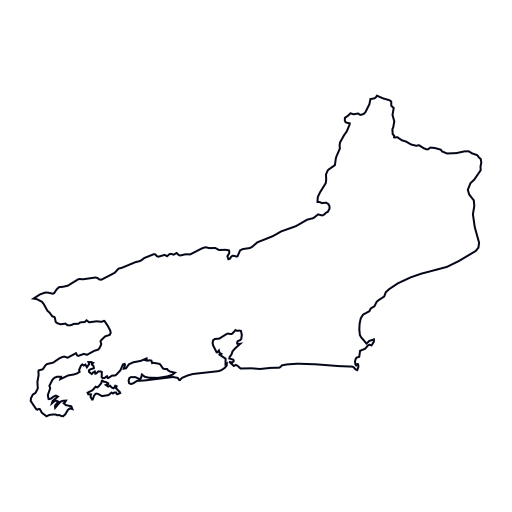 outline of Rio de Janeiro
{"feature_id": "BRA-627", "entity_name": "Rio de Janeiro", "entity_type": "State", "adm_level": 1, "iso_a3": "BRA", "parent_name": "Brazil", "parent_adm1": "", "projection": "albers", "projection_center": [-43.333, -22.065], "detail": "fine", "context": "isolated", "style": "outline", "palette": "ink", "viewbox_px": 512, "rotation_deg": 0, "n_neighbors": 0, "source": "natural_earth", "source_scale": "10m", "svg_char_len": 5971}
<svg xmlns="http://www.w3.org/2000/svg" viewBox="0 0 512 512"><path d="M480.7,158.9L481.3,162.6L480.5,166.6L480.7,170.2L474.2,179.7L470.5,183.1L467.8,189.8L469.2,194.5L473.8,200.4L474.3,205.9L472.9,214.3L474.8,227.3L479.1,242.8L478.4,247.7L475.7,251.0L458.7,261.1L446.9,266.9L421.2,273.7L410.8,277.3L397.9,283.3L389.2,289.1L385.8,292.2L384.2,296.5L378.4,300.3L376.6,301.9L374.4,306.3L370.7,308.5L369.4,311.2L363.1,314.6L360.8,318.2L359.6,323.7L359.3,329.8L359.9,335.0L361.0,337.1L366.5,343.6L369.2,341.0L373.9,339.4L373.9,341.6L371.5,345.4L369.3,344.7L367.9,345.5L365.2,348.7L360.1,350.8L359.2,356.8L356.6,357.6L355.7,358.9L355.0,361.4L355.3,364.1L356.2,365.4L357.2,364.1L358.0,364.1L358.4,365.9L358.3,367.3L357.2,370.1L355.6,369.4L353.5,367.1L352.1,366.6L338.8,366.1L315.7,364.3L297.8,363.7L287.2,364.4L282.1,365.3L280.0,367.3L279.0,367.7L270.6,367.9L259.9,369.0L251.9,368.3L240.5,368.5L237.7,365.9L235.7,364.9L233.8,366.0L229.2,361.7L232.3,362.6L233.6,361.4L233.7,360.3L232.8,359.5L229.3,358.5L229.6,357.1L231.5,354.4L232.5,351.4L234.9,348.6L240.2,343.8L238.1,344.1L237.2,343.6L237.1,342.6L237.7,341.2L240.2,340.1L241.3,338.8L241.8,334.9L241.0,331.0L239.5,330.6L236.7,330.8L235.5,330.1L232.3,333.6L231.0,334.1L228.0,333.6L226.8,333.9L219.3,338.6L214.8,339.0L213.2,340.2L212.6,342.8L213.1,345.4L216.6,352.3L217.3,352.3L218.9,350.5L219.4,352.7L221.3,353.9L219.7,354.8L225.6,358.7L225.5,364.2L226.8,363.4L226.7,365.6L224.6,368.0L221.6,370.0L218.9,371.1L192.8,374.0L187.3,375.6L182.0,377.9L179.9,380.1L179.2,380.0L177.7,377.9L173.0,377.0L144.2,380.5L137.0,380.9L133.1,383.4L130.9,384.0L129.1,383.2L128.6,380.6L129.4,378.0L131.0,377.1L135.3,377.1L139.1,378.9L140.4,378.7L141.0,378.1L141.9,374.5L144.6,376.7L148.8,377.7L158.1,377.9L167.4,376.4L172.4,374.7L174.9,372.7L170.1,371.6L168.0,370.3L167.1,369.0L165.3,369.1L163.1,368.6L160.0,364.2L158.3,363.6L153.2,362.8L152.1,363.1L151.4,360.6L149.6,360.3L147.4,360.7L145.0,360.1L146.7,359.2L146.6,358.4L140.7,360.9L133.3,362.3L128.9,364.3L126.0,368.3L123.8,368.7L125.0,364.9L124.6,363.9L123.0,364.4L120.4,370.3L116.3,374.7L114.9,375.5L112.1,375.6L108.2,378.1L107.7,378.0L107.0,376.2L104.3,378.1L102.4,377.9L101.7,377.3L101.8,372.0L100.8,371.5L98.4,371.4L96.3,373.4L95.3,373.7L94.8,371.5L93.2,372.4L91.7,374.0L89.1,372.0L88.9,370.4L90.4,369.3L93.8,368.3L93.8,367.2L93.2,365.5L91.9,364.6L91.8,364.0L93.1,362.9L91.0,362.0L88.4,362.1L89.2,364.0L86.9,367.3L85.4,364.6L83.8,365.5L82.3,364.4L81.0,365.7L79.1,369.9L79.6,371.8L77.1,373.4L73.8,374.5L68.3,375.4L60.3,379.2L61.0,376.8L57.3,376.7L54.5,377.7L52.4,379.8L49.4,385.8L50.2,388.3L48.1,394.2L47.9,395.7L48.6,399.1L50.8,398.7L53.4,396.7L55.8,395.6L57.9,396.6L52.6,401.0L51.9,403.3L54.6,401.0L56.4,400.7L58.2,401.6L55.5,405.0L55.0,406.2L55.2,407.8L59.5,402.7L60.9,401.5L62.9,400.8L66.0,400.6L65.1,402.1L63.7,403.2L65.8,405.1L71.3,406.3L72.4,409.1L69.8,408.4L67.8,410.0L65.3,414.3L63.0,416.3L61.0,415.9L59.2,415.0L57.5,415.3L55.7,414.5L52.6,414.5L49.2,415.0L46.5,416.3L41.9,412.8L39.8,409.1L38.5,408.9L37.5,409.7L36.3,409.3L30.7,401.0L31.0,398.1L32.8,394.6L35.5,392.9L37.8,388.4L37.4,382.0L38.6,375.2L38.4,371.0L38.7,370.4L42.8,369.3L45.4,365.4L46.9,364.1L53.2,362.6L59.3,358.4L62.3,357.0L64.3,356.6L67.6,357.7L76.0,353.2L77.1,355.4L78.3,355.9L83.8,353.9L87.0,354.8L94.3,350.8L98.0,349.7L99.3,348.4L101.0,345.0L101.2,343.5L100.5,341.6L100.9,340.5L105.1,336.4L109.7,334.9L110.7,332.9L110.2,330.5L107.9,326.1L104.5,321.0L104.0,320.8L101.8,321.8L96.5,321.3L89.1,322.3L86.5,320.3L84.8,322.0L80.2,322.4L78.3,323.8L73.7,323.9L71.6,325.0L69.1,325.4L67.2,325.1L65.5,323.6L60.6,324.3L57.1,323.1L55.7,321.9L54.8,317.6L54.3,316.9L52.3,316.4L49.7,312.8L47.3,310.6L43.7,304.0L42.0,301.8L36.7,299.1L33.5,298.6L40.0,294.4L45.0,292.6L47.8,292.6L52.9,293.7L54.1,293.2L56.7,289.3L59.0,287.2L63.5,286.7L67.8,285.7L78.0,279.4L79.5,279.0L82.8,279.3L95.5,277.5L97.5,278.0L99.4,279.5L101.4,279.7L114.7,272.8L118.3,268.9L119.2,268.4L121.6,267.9L135.3,262.2L139.4,261.2L141.2,260.4L144.3,258.0L153.8,254.2L155.3,254.4L156.9,256.2L158.5,256.7L164.6,254.9L167.1,256.2L169.6,254.1L171.2,253.9L173.6,254.7L176.6,253.0L178.7,255.0L180.2,255.5L185.4,254.3L190.2,254.4L201.9,248.4L204.8,247.4L206.6,247.4L209.0,248.1L215.2,248.0L219.0,250.0L225.2,249.8L228.9,250.3L229.3,251.3L229.1,253.5L227.4,256.2L228.4,259.2L229.8,258.8L231.2,256.7L232.5,255.8L233.9,255.8L236.6,256.6L237.5,256.3L240.1,250.4L242.7,249.1L250.0,248.0L251.9,247.0L257.4,242.3L272.9,236.1L281.4,231.3L295.8,226.2L307.1,219.7L313.4,218.1L318.1,214.4L321.5,215.3L322.8,215.3L324.0,214.6L326.3,212.5L327.7,212.0L329.5,208.7L329.5,206.2L328.4,204.1L326.1,202.7L321.9,203.1L319.8,202.1L317.5,202.0L317.8,197.0L320.1,192.2L325.7,183.2L326.2,179.8L326.0,174.4L327.6,170.7L328.4,169.7L334.9,165.1L335.8,158.6L336.6,156.0L339.9,148.5L339.6,145.5L340.0,142.5L344.0,135.3L346.7,131.5L349.6,124.6L349.7,123.3L346.6,122.7L345.5,122.1L344.8,120.4L344.9,117.8L347.7,116.0L350.5,113.3L353.6,114.3L358.2,113.5L359.6,114.6L360.9,114.9L363.9,113.8L365.5,112.0L369.4,104.2L370.4,99.1L374.5,98.3L375.9,97.3L376.9,95.7L383.1,98.4L389.4,100.2L391.2,101.5L391.3,105.8L393.7,108.0L392.5,114.9L394.3,121.5L393.2,127.4L392.4,129.2L392.7,134.2L394.2,135.7L394.0,137.2L394.3,137.5L397.3,137.2L401.9,140.3L406.1,141.6L411.1,144.5L416.4,145.8L418.9,145.2L423.9,148.3L426.5,149.3L428.0,149.3L430.4,147.6L434.8,148.0L440.6,149.6L442.2,151.5L447.1,153.5L456.4,153.1L464.8,151.3L468.8,151.3L471.9,153.3L477.3,155.2L479.1,157.7L480.7,158.9ZM116.1,388.3L119.8,392.1L120.2,393.0L117.3,394.3L116.7,394.0L116.1,392.5L114.1,392.5L113.0,393.5L111.4,392.6L109.4,394.5L107.9,395.2L102.0,396.1L98.0,393.9L96.1,393.6L95.1,394.3L94.0,395.9L92.7,399.5L92.1,399.6L90.5,396.8L91.0,394.4L88.3,394.3L87.6,392.7L92.6,390.2L95.6,386.7L97.1,387.4L98.6,386.4L101.2,383.3L101.9,380.7L102.6,380.6L103.5,381.6L105.7,382.0L108.2,383.3L108.2,384.1L105.9,385.0L108.2,386.6L110.0,385.7L111.8,387.6L113.4,388.3L114.1,387.9L115.3,385.7L116.6,386.2L116.1,388.3Z" fill="none" stroke="#020617" stroke-width="2"/></svg>